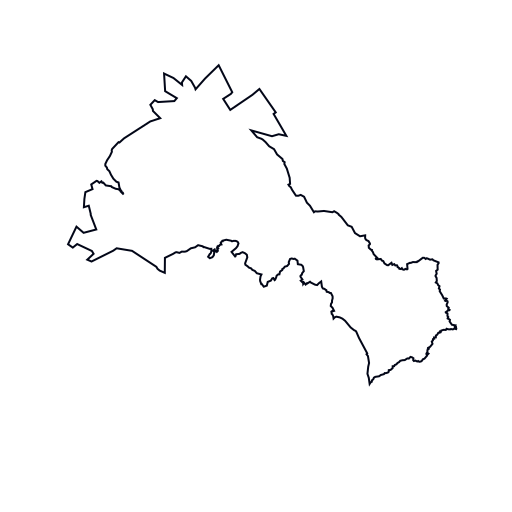 Temascaltepec, México, Mexico (Albers equal-area conic projection), rotated 225°
{"feature_id": "50627088B67806345736570", "entity_name": "Temascaltepec", "entity_type": "district", "adm_level": 2, "iso_a3": "MEX", "parent_name": "Mexico", "parent_adm1": "México", "projection": "albers", "projection_center": [-100.05, 19.108], "detail": "fine", "context": "isolated", "style": "outline", "palette": "ink", "viewbox_px": 512, "rotation_deg": 225, "n_neighbors": 0, "source": "geoboundaries", "source_scale": "gbopen_adm2", "svg_char_len": 6048}
<svg xmlns="http://www.w3.org/2000/svg" viewBox="0 0 512 512"><g transform="rotate(225 256 256)"><path d="M308.6,179.6L319.1,190.3L316.1,199.0L315.5,201.6L314.9,202.5L312.3,204.1L311.6,206.6L309.4,208.7L308.4,210.4L307.5,215.4L305.2,219.1L304.6,222.7L300.5,225.2L299.4,225.1L299.1,225.6L293.8,228.3L292.7,229.5L291.2,228.1L290.1,226.4L289.9,225.0L290.1,224.7L289.3,221.6L287.1,221.8L286.0,224.3L286.3,226.6L288.2,229.2L289.1,229.5L290.3,229.2L289.9,231.4L288.2,230.7L287.9,230.7L287.8,231.2L286.6,231.2L286.6,232.1L287.3,232.5L287.0,232.9L287.9,233.4L288.1,234.6L289.1,234.2L289.2,234.7L289.6,234.7L290.0,235.6L289.6,236.1L289.8,236.5L289.2,237.0L289.4,238.5L288.6,239.7L290.3,240.4L290.5,242.3L290.0,242.9L290.4,243.3L288.5,246.5L284.4,249.2L283.4,249.4L282.6,250.8L281.2,252.2L280.1,252.8L278.6,253.0L277.3,252.5L276.0,249.9L275.7,247.4L276.2,241.6L270.4,240.9L270.3,241.2L271.3,243.2L269.1,245.9L269.0,247.3L268.2,249.2L266.0,250.1L263.4,250.4L261.2,248.9L258.5,243.1L257.3,242.3L254.6,242.8L252.8,242.8L250.7,243.8L248.8,243.6L246.3,244.6L243.2,244.4L239.1,246.8L238.4,244.8L236.4,242.1L235.3,241.2L232.5,239.9L232.3,240.3L228.8,239.8L227.4,242.7L229.4,246.0L228.1,249.0L228.7,251.7L228.1,252.7L225.8,252.1L225.7,252.7L226.5,254.9L227.5,256.7L227.3,258.8L226.5,259.6L228.0,262.0L227.5,264.6L228.2,265.5L227.8,266.7L228.1,268.8L226.9,270.9L227.1,273.8L228.5,274.8L229.8,278.0L229.0,279.5L227.4,280.4L226.7,281.5L223.4,282.0L220.6,279.8L217.8,281.8L216.0,281.9L214.9,281.5L211.5,279.1L211.2,276.4L210.4,275.2L210.6,274.1L210.4,273.2L209.8,272.8L206.6,272.2L206.9,270.2L204.7,270.2L204.3,270.9L202.8,269.6L203.0,271.1L200.7,270.9L200.7,272.8L200.3,272.8L199.6,276.0L198.5,276.0L193.9,277.5L192.2,278.7L192.3,281.1L191.9,284.1L187.7,280.9L186.5,280.5L185.4,280.4L184.4,281.2L182.8,281.3L182.2,281.6L180.7,280.7L179.0,281.9L177.9,281.9L176.9,282.8L173.4,281.7L171.9,280.3L170.7,278.2L169.5,277.0L169.1,275.2L167.8,273.5L165.3,273.5L162.0,272.4L162.7,271.1L163.2,271.0L163.4,270.0L161.5,268.6L160.6,268.7L158.8,268.0L156.9,266.6L156.9,268.4L156.3,269.9L153.4,271.8L150.6,272.8L147.2,273.2L138.6,272.4L134.2,272.9L132.5,273.5L131.4,273.3L125.3,270.9L108.5,265.8L108.4,264.7L106.1,264.4L100.4,260.3L98.4,257.1L93.9,251.5L90.1,249.6L85.2,245.9L85.6,247.8L85.2,248.9L86.1,250.1L85.9,251.7L86.6,253.3L86.2,254.9L83.9,258.0L83.6,260.1L82.0,262.9L82.2,264.2L81.4,264.9L80.3,266.9L80.3,268.0L81.4,269.2L80.3,270.6L80.1,273.3L81.4,274.7L80.4,275.8L80.8,277.0L80.1,278.7L80.3,280.4L79.8,282.1L79.9,283.9L78.7,285.9L77.2,287.6L76.7,290.1L76.3,290.9L75.4,291.5L75.4,293.9L74.0,294.7L72.4,295.0L71.2,293.5L70.1,293.4L69.4,294.7L67.4,295.4L67.1,296.4L65.8,296.6L64.8,298.0L64.6,299.4L65.0,300.9L64.3,302.5L64.6,306.6L66.3,307.2L66.3,307.9L65.0,308.5L65.0,308.9L66.8,308.6L67.0,309.4L68.3,310.7L68.2,312.4L69.2,312.3L69.4,312.6L68.7,314.8L69.0,317.9L69.1,318.7L71.2,319.8L71.2,321.4L72.0,322.2L72.1,322.6L71.5,323.5L72.5,324.3L71.3,325.6L72.6,327.0L72.3,327.7L72.3,329.0L72.8,330.5L72.6,331.1L71.9,331.6L72.5,332.7L71.7,333.0L72.3,334.2L72.1,334.6L71.1,336.5L69.5,337.9L69.8,339.3L68.4,340.0L66.8,341.4L66.5,342.2L64.9,343.3L64.3,345.0L62.0,346.2L62.9,346.0L64.2,347.1L64.8,346.2L65.4,346.3L65.9,348.0L68.9,345.9L72.8,346.6L73.7,348.0L74.8,347.9L76.3,347.3L76.5,347.4L76.9,348.8L78.3,349.0L79.7,350.6L80.2,350.8L81.7,350.2L82.1,350.4L81.6,353.6L80.9,354.4L81.0,354.8L82.7,354.5L83.2,355.7L85.7,355.5L86.8,356.4L87.7,358.7L88.5,359.4L89.6,359.2L90.2,358.2L90.7,358.1L91.0,360.6L91.7,360.3L93.2,358.7L96.5,359.9L101.2,361.0L102.2,362.4L103.7,362.3L104.9,364.4L106.6,364.2L108.4,364.9L110.1,364.4L110.5,366.2L112.8,368.2L114.8,368.7L115.2,369.1L115.7,371.2L118.1,372.8L117.9,374.8L121.4,378.1L121.8,380.1L122.4,380.6L127.5,378.4L128.9,378.4L130.3,376.5L133.0,375.5L133.8,375.0L133.9,373.9L135.7,373.7L136.8,372.7L137.6,366.8L138.1,366.4L137.9,365.4L140.8,362.6L141.7,360.5L142.3,360.1L143.4,357.1L139.7,354.0L139.8,353.3L141.3,352.5L141.4,351.4L141.9,350.7L143.1,350.1L144.3,350.5L144.5,349.1L145.6,348.3L146.4,348.7L148.0,348.3L148.3,348.7L149.8,349.1L150.8,347.8L152.5,348.0L153.3,346.1L155.4,347.0L156.0,342.9L156.9,342.2L159.9,341.6L162.4,342.4L163.7,341.8L165.7,342.1L168.1,339.1L169.0,338.7L169.4,338.8L169.5,339.3L168.5,340.1L168.6,340.4L174.1,340.5L176.0,341.4L178.2,341.8L178.4,342.2L179.4,341.7L182.0,341.6L183.8,343.1L183.8,344.9L184.3,345.4L187.0,346.1L189.2,345.3L190.5,345.4L191.6,345.9L193.4,347.8L196.4,343.5L202.2,342.2L209.0,344.3L212.8,342.6L223.3,344.0L226.6,343.7L227.3,344.0L229.4,343.7L232.4,342.9L232.9,341.0L239.8,335.9L243.8,331.1L245.8,329.4L246.0,327.9L253.4,329.7L257.7,329.7L263.9,331.9L267.6,330.8L268.7,328.5L270.4,326.9L277.3,328.3L280.0,329.2L281.9,329.0L283.5,329.4L282.9,331.1L287.5,335.1L296.0,339.6L301.0,341.1L302.1,342.6L304.2,342.2L305.9,343.3L312.9,342.7L318.8,344.3L324.3,342.9L329.8,343.3L333.5,343.1L335.1,342.7L339.2,340.8L348.1,341.5L329.4,352.0L326.0,358.2L319.5,362.4L344.0,368.9L343.6,371.5L371.7,376.5L372.5,367.4L377.5,341.1L390.3,343.9L388.4,352.8L388.6,355.0L417.3,364.5L417.5,345.5L416.6,331.1L418.1,331.9L425.6,334.0L432.6,333.5L431.1,326.3L429.2,324.7L440.2,323.5L450.0,320.0L436.8,308.3L423.6,311.6L423.3,307.8L434.1,295.6L437.8,294.6L437.6,288.2L432.8,286.8L431.4,285.7L421.2,285.7L425.9,276.4L432.5,245.9L432.8,239.7L433.7,239.3L433.4,230.0L432.8,228.7L431.6,227.8L430.0,223.4L429.0,218.4L427.6,214.5L426.4,213.3L424.0,213.1L422.5,212.2L419.7,212.3L416.0,210.9L411.5,209.8L407.2,209.8L405.2,210.8L401.1,207.9L398.4,206.9L397.1,206.7L396.4,206.3L395.0,206.6L394.7,206.1L393.1,205.9L396.9,205.9L397.2,206.6L398.7,206.0L400.1,206.2L402.8,204.3L406.7,202.8L407.6,203.0L412.1,199.7L415.9,199.9L416.4,199.1L418.1,199.5L418.5,197.0L421.1,196.9L421.9,196.4L423.1,190.1L418.9,187.7L421.8,180.5L417.7,175.0L412.2,168.8L409.8,173.3L402.6,168.9L402.0,168.2L387.7,161.8L394.3,150.5L403.7,149.8L397.2,131.4L391.5,132.4L390.9,138.0L375.6,143.5L372.4,142.7L372.7,134.1L368.4,135.8L360.7,158.8L360.0,162.9L347.3,172.0L318.8,177.9L316.5,177.3L313.7,177.6L308.6,179.6Z" fill="none" stroke="#020617" stroke-width="2"/></g></svg>